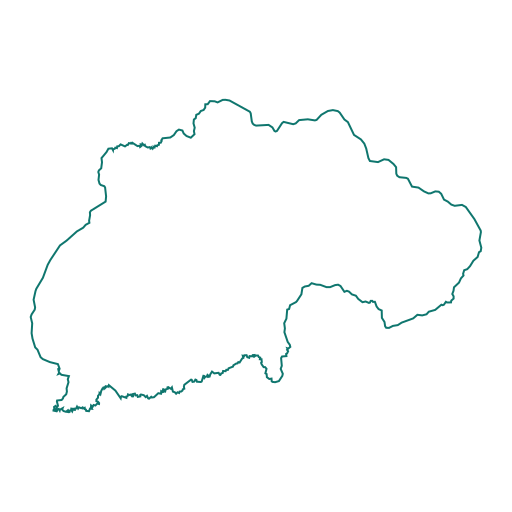 the district of Wang Pong, Phetchabun, Thailand
{"feature_id": "78962969B14448677761720", "entity_name": "Wang Pong", "entity_type": "district", "adm_level": 2, "iso_a3": "THA", "parent_name": "Thailand", "parent_adm1": "Phetchabun", "projection": "natural_earth1", "projection_center": [100.775, 16.349], "detail": "fine", "context": "isolated", "style": "outline", "palette": "teal", "viewbox_px": 512, "rotation_deg": 0, "n_neighbors": 0, "source": "geoboundaries", "source_scale": "gbopen_adm2", "svg_char_len": 5984}
<svg xmlns="http://www.w3.org/2000/svg" viewBox="0 0 512 512"><path d="M413.2,318.4L417.4,314.8L422.2,315.4L426.5,314.3L428.8,311.7L435.2,309.9L441.4,304.7L442.7,305.2L443.9,304.7L445.9,301.8L447.0,302.5L451.0,302.4L451.3,300.6L453.6,298.6L453.6,296.3L452.3,294.0L453.5,290.8L454.0,287.3L459.0,282.6L460.9,278.4L463.5,275.5L463.1,273.8L464.2,270.2L467.2,269.2L470.0,266.2L473.4,260.7L477.6,257.0L479.0,252.2L480.7,251.2L481.3,247.7L479.4,240.5L480.9,232.1L480.7,230.6L474.4,219.1L465.8,207.0L462.0,204.9L454.7,205.8L451.3,204.6L447.8,201.6L444.0,199.6L441.2,193.8L438.8,191.7L435.3,191.4L430.7,193.3L428.4,193.4L424.0,191.4L418.5,187.6L412.0,186.6L407.9,178.7L406.2,177.9L399.4,177.2L397.2,175.7L396.3,173.7L396.1,167.2L393.5,164.0L388.5,159.9L384.1,159.3L378.0,162.1L369.9,161.0L368.4,158.1L366.2,148.5L364.3,143.6L360.9,139.4L354.0,134.9L347.9,122.1L344.4,119.5L339.7,112.6L337.8,111.1L332.9,110.1L327.9,111.0L321.3,114.8L316.6,119.9L314.9,120.4L307.8,119.3L299.1,120.1L295.7,123.4L293.2,124.2L283.6,121.9L282.0,123.2L277.0,130.9L275.6,131.5L274.5,131.0L272.4,127.4L268.6,124.9L256.1,125.6L254.2,124.9L252.7,123.6L251.8,121.4L250.7,113.3L249.8,111.7L229.5,100.5L225.4,99.8L222.7,99.9L217.6,102.4L214.7,101.3L210.0,101.1L207.7,104.2L205.3,104.3L205.2,107.6L203.6,110.0L200.8,111.0L198.9,113.7L196.3,114.8L195.7,118.2L193.9,119.5L193.5,123.4L194.7,127.7L193.9,131.1L194.5,134.2L190.8,137.7L186.5,136.0L183.7,133.5L182.4,130.5L178.9,129.6L176.5,131.2L173.8,135.1L170.3,137.5L162.6,138.3L161.3,140.3L161.7,140.9L160.8,142.7L159.0,142.8L158.9,144.8L157.3,145.3L157.0,146.2L155.2,145.7L154.6,147.4L153.8,146.8L152.7,148.6L152.3,148.0L150.9,148.4L151.0,147.9L150.5,148.4L149.7,147.1L147.8,147.5L145.3,146.2L144.8,144.8L144.0,145.3L142.4,143.6L142.1,144.7L140.9,144.4L141.4,146.0L140.1,147.0L139.7,145.7L137.5,146.1L132.4,142.8L131.9,143.6L131.0,142.9L130.4,143.5L128.9,143.1L127.8,145.0L127.1,144.8L125.0,146.4L120.6,144.4L118.9,146.2L117.2,146.4L116.9,148.1L115.3,147.7L114.7,148.8L113.1,149.2L113.0,150.2L112.0,148.3L108.4,148.7L106.5,152.1L101.5,158.1L102.0,162.3L101.2,168.3L98.9,170.4L98.3,172.0L99.1,174.6L98.5,179.9L99.5,183.6L100.8,185.0L104.3,186.2L105.1,187.5L106.1,196.4L105.6,201.6L90.9,210.7L89.9,212.3L90.1,215.2L89.1,220.7L89.4,222.8L85.7,224.8L83.2,227.7L76.9,231.4L66.6,240.6L60.0,245.4L50.4,259.9L47.7,264.8L42.9,277.8L36.3,288.8L35.5,291.1L33.6,299.7L35.1,307.4L34.7,309.7L31.6,314.4L30.7,317.0L32.2,323.3L31.6,333.2L32.5,338.6L35.2,347.4L37.5,349.7L40.6,357.2L42.8,359.1L49.9,362.1L57.9,364.1L59.6,368.7L59.3,369.5L58.7,368.6L58.2,369.0L59.1,372.7L58.4,374.0L60.0,373.4L61.4,374.8L68.9,376.1L67.8,379.2L68.5,382.2L66.6,388.3L66.9,391.6L66.2,394.3L63.4,396.9L62.9,398.5L61.6,400.0L57.1,400.5L56.9,401.5L58.0,405.8L56.8,407.4L55.6,405.9L54.1,406.9L54.3,409.7L53.6,409.9L53.5,410.6L56.7,411.3L57.1,410.7L55.8,409.5L56.1,408.8L56.8,409.4L58.8,408.9L59.7,410.5L59.9,409.7L62.6,408.2L62.1,409.5L63.5,411.0L66.0,411.8L68.0,410.2L68.3,410.8L67.4,411.9L68.9,412.2L69.6,411.9L69.7,410.6L71.1,410.3L71.3,408.6L72.0,408.7L71.8,410.8L72.2,411.4L73.1,408.9L74.0,408.7L74.2,409.8L74.8,409.9L74.8,408.9L76.0,408.6L77.0,406.6L78.1,408.6L79.0,407.3L81.2,408.2L82.6,407.4L83.1,408.5L84.7,407.8L84.9,409.2L85.9,409.6L86.2,410.9L89.0,411.2L90.0,408.6L91.9,408.8L91.0,407.1L91.1,405.5L92.6,406.8L93.6,405.0L95.4,405.5L97.3,403.5L99.0,404.0L99.1,403.1L98.0,401.7L96.4,401.2L96.4,399.6L98.0,397.7L98.0,395.9L99.4,394.2L99.5,393.2L100.4,394.3L101.3,390.7L102.4,388.7L102.9,389.0L103.4,387.5L104.9,387.2L105.0,388.2L105.9,387.3L105.3,386.6L105.6,386.2L107.4,386.6L108.1,386.0L108.6,386.5L108.9,385.2L115.4,390.6L120.7,398.3L121.0,396.6L121.7,396.2L126.3,397.8L126.3,396.6L127.5,396.3L128.0,394.4L129.2,395.0L130.6,394.6L132.1,396.4L133.0,396.4L133.3,395.8L132.4,395.1L132.4,394.2L134.9,393.6L135.7,395.4L137.3,395.2L137.8,396.9L140.3,396.4L140.2,395.0L140.9,394.5L143.8,395.2L145.7,397.1L147.0,395.9L148.1,398.3L149.0,398.7L151.2,396.8L151.8,397.5L154.0,397.2L158.3,393.2L161.0,393.7L161.2,391.3L162.5,392.2L163.4,391.9L162.8,390.3L163.2,389.2L164.7,389.8L164.7,391.1L165.2,391.4L165.7,389.4L167.9,388.7L167.5,387.4L168.2,387.1L170.9,388.8L171.9,387.4L172.9,391.6L174.9,392.3L176.1,393.7L177.5,392.3L179.1,393.0L179.6,391.6L181.3,391.5L182.5,390.5L182.8,389.3L184.3,388.7L183.9,386.7L184.3,384.8L191.1,379.6L191.7,379.8L192.5,381.9L194.2,381.6L195.4,379.6L196.4,380.0L196.9,381.7L200.8,382.0L201.7,381.5L203.4,375.8L204.0,375.9L204.5,377.8L205.4,376.7L206.8,376.5L207.5,374.9L208.1,375.4L208.2,376.9L209.6,376.6L210.2,374.5L212.0,371.6L214.3,373.4L218.6,372.8L219.7,374.8L220.4,374.9L221.3,373.4L222.7,373.0L223.1,371.0L225.6,371.2L226.3,369.8L227.9,369.9L228.6,368.3L233.0,366.6L233.4,365.3L236.3,363.5L237.5,363.4L238.3,362.1L239.6,362.5L242.1,358.6L242.9,358.0L243.5,358.7L242.8,355.8L244.0,356.2L244.3,355.3L246.6,355.2L247.3,357.2L249.2,357.8L249.6,356.1L251.9,356.3L252.7,355.1L254.1,355.0L253.5,356.5L254.0,356.8L255.8,355.5L258.0,355.5L258.8,357.1L260.2,357.6L259.9,359.2L261.5,359.2L261.8,362.1L261.1,362.9L261.7,364.4L263.6,367.1L265.1,367.1L266.5,368.8L265.4,373.3L266.6,374.0L266.9,377.2L269.3,379.0L271.5,378.6L271.7,381.3L272.5,381.9L275.1,382.2L278.9,381.1L282.3,375.9L282.8,373.8L280.7,368.9L281.8,365.8L281.1,358.1L282.0,356.5L286.4,356.1L286.1,354.0L287.1,353.4L288.1,351.2L287.1,349.8L287.7,349.2L287.3,348.3L288.2,348.6L290.3,346.9L289.8,344.8L287.7,341.9L284.4,332.2L284.9,328.4L284.2,323.2L286.4,318.7L287.2,309.6L289.1,309.0L290.1,305.2L296.0,302.1L297.0,301.0L301.4,294.3L302.4,287.9L304.8,286.5L308.7,285.8L311.6,283.2L316.4,284.6L320.2,284.8L326.4,287.1L330.2,287.1L335.1,285.1L338.1,284.7L340.5,286.0L344.4,291.8L346.9,290.8L349.0,291.6L351.9,294.4L355.9,295.7L358.2,298.9L362.5,302.2L365.6,301.5L368.9,302.9L369.9,302.6L370.7,300.9L372.3,300.9L373.0,301.9L374.9,301.8L376.6,306.5L378.6,309.1L381.7,310.5L381.9,317.9L384.5,322.0L385.1,326.2L386.2,327.8L389.0,327.9L392.9,325.9L397.8,325.1L401.7,322.6L413.2,318.4Z" fill="none" stroke="#0f766e" stroke-width="2"/></svg>